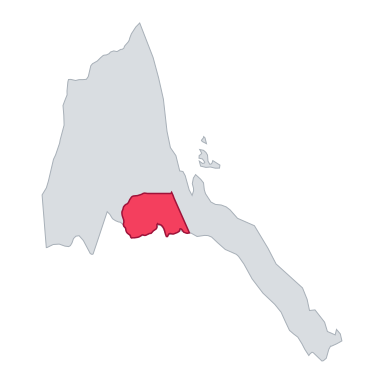 where Debub sits in Eritrea
{"feature_id": "ERI-1564", "entity_name": "Debub", "entity_type": "Region", "adm_level": 1, "iso_a3": "ERI", "parent_name": "Eritrea", "parent_adm1": "", "projection": "equal_earth", "projection_center": [38.829, 14.796], "detail": "fine", "context": "in_parent", "style": "filled", "palette": "rose", "viewbox_px": 384, "rotation_deg": 0, "n_neighbors": 0, "source": "natural_earth", "source_scale": "10m", "svg_char_len": 3627}
<svg xmlns="http://www.w3.org/2000/svg" viewBox="0 0 384 384"><path d="M46.3,247.6L44.9,230.3L44.0,218.7L43.0,206.5L42.1,194.9L46.4,187.8L48.4,181.1L53.5,159.3L55.6,154.9L59.6,143.2L60.2,139.8L64.1,125.1L63.8,115.3L63.0,105.5L65.2,99.6L67.1,94.9L67.0,91.0L67.9,81.8L68.5,79.5L70.8,79.4L75.6,80.5L79.2,79.6L83.2,79.6L86.4,79.3L88.3,76.5L90.8,65.8L92.5,63.7L93.8,63.0L97.3,61.0L100.4,57.9L102.9,55.7L103.9,55.2L106.5,54.9L109.2,53.6L110.4,52.1L113.7,50.9L117.0,51.6L119.2,50.3L120.7,49.4L122.3,49.3L123.9,48.1L124.5,46.2L125.5,45.0L128.0,42.2L129.2,40.2L129.7,38.2L130.3,36.6L131.4,33.8L135.8,27.0L139.7,23.0L153.1,57.5L158.6,77.9L163.4,99.2L167.0,131.3L170.4,147.6L175.9,155.6L179.7,170.9L182.9,171.5L185.2,175.7L189.2,190.0L192.1,195.4L193.6,190.8L193.5,188.1L192.3,183.7L193.4,178.0L195.6,174.6L200.7,179.3L203.5,182.8L204.3,189.8L205.5,193.7L210.9,202.0L215.4,204.4L221.2,205.0L226.2,206.9L230.1,209.9L237.5,218.3L254.4,225.7L268.0,248.3L276.1,264.0L302.5,287.9L307.1,299.3L309.5,310.5L315.0,309.9L324.6,322.2L327.4,331.5L335.2,334.9L336.5,329.4L340.3,333.9L341.9,340.9L336.9,343.7L331.4,346.2L330.6,346.1L328.8,349.3L326.3,358.2L323.4,360.7L321.9,361.0L313.3,352.7L312.0,352.2L310.1,353.8L308.8,355.5L304.8,349.3L301.9,343.7L297.8,337.1L293.8,334.1L289.5,330.4L285.4,321.7L281.1,312.2L274.8,304.4L263.0,293.2L252.1,278.9L243.9,264.0L238.5,256.3L236.3,254.3L225.3,249.5L217.6,242.7L211.7,237.1L208.1,235.6L204.6,235.4L197.1,236.5L190.9,233.0L188.3,233.0L184.1,232.0L180.9,230.7L177.0,232.2L169.2,234.7L165.9,234.2L164.2,230.7L163.1,228.0L160.4,225.2L158.1,225.2L156.9,227.7L148.7,234.0L134.9,237.5L131.6,237.2L129.2,234.7L122.3,223.9L120.3,222.2L118.7,222.0L115.5,220.7L112.5,218.7L109.8,214.3L107.2,211.7L104.3,220.4L99.3,235.5L96.6,243.6L93.1,254.0L92.0,254.4L90.3,253.6L83.4,240.6L79.1,235.7L75.9,236.2L73.5,238.6L72.0,242.9L70.4,245.6L68.7,246.6L64.9,246.1L59.2,244.1L53.2,244.5L47.1,247.5L46.3,247.6ZM208.0,161.1L209.8,164.3L211.1,164.0L212.1,162.9L212.8,160.6L219.9,165.1L219.5,168.1L215.3,168.2L210.4,167.0L205.9,167.4L200.6,166.1L199.3,161.1L202.7,163.5L204.5,162.9L204.8,162.2L202.4,158.9L199.0,158.2L199.2,155.5L200.7,154.5L201.7,153.2L199.7,149.5L203.5,150.3L206.0,152.5L207.5,155.1L208.0,161.1ZM205.0,137.9L206.5,143.7L202.2,141.5L201.4,140.3L203.3,138.0L203.7,136.6L205.0,137.9Z" fill="#d9dde1" stroke="#a8b0b8" stroke-width="1"/><path d="M131.8,238.0L131.4,237.9L130.9,237.4L130.6,236.8L130.3,235.5L130.0,235.1L127.6,233.4L126.9,232.6L126.4,231.8L126.0,230.7L125.6,228.4L125.3,227.6L124.8,227.2L124.3,226.8L123.9,226.3L123.7,225.7L123.4,224.0L123.4,223.8L123.9,222.1L123.7,219.9L122.3,215.8L122.0,214.1L121.9,212.7L122.0,211.6L122.9,209.4L123.5,207.0L124.0,206.3L124.8,205.3L125.8,204.5L127.4,203.7L128.0,203.0L128.7,201.9L129.7,199.7L131.4,197.2L132.2,196.5L132.9,196.2L133.5,196.0L137.5,195.6L141.4,194.4L143.2,193.4L144.6,193.1L147.6,193.5L169.8,193.5L170.2,193.6L170.8,193.4L171.1,193.1L171.6,192.3L173.0,195.3L174.0,198.1L186.9,227.2L189.4,232.8L187.4,233.3L186.2,233.1L183.9,232.2L183.6,232.0L183.4,231.7L182.4,230.3L181.8,229.5L180.9,228.9L180.1,228.8L179.7,230.0L179.0,231.5L177.1,232.6L173.5,234.0L172.6,234.0L170.2,233.5L169.1,233.7L168.5,234.5L167.5,236.5L166.4,236.5L165.5,234.3L164.2,229.3L163.5,228.0L162.8,226.8L161.9,225.7L160.9,224.9L160.4,224.7L159.2,224.3L157.6,224.0L157.5,223.8L156.9,224.6L156.9,225.6L156.9,226.7L156.8,227.8L156.2,228.9L155.2,229.6L153.4,230.8L151.9,232.5L151.1,233.3L149.1,233.6L146.4,235.0L145.6,235.3L144.7,235.4L143.9,235.3L143.1,234.9L142.2,234.9L139.5,236.7L137.8,237.3L134.4,237.8L132.2,237.8L131.8,238.0Z" fill="#f43f5e" stroke="#9f1239" stroke-width="1.5"/></svg>